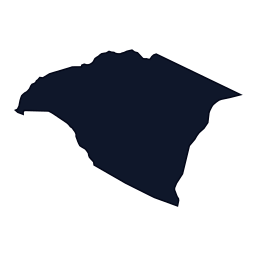 outline of Quixeré, Ceará, Brazil
{"feature_id": "56859067B90089990394430", "entity_name": "Quixeré", "entity_type": "district", "adm_level": 2, "iso_a3": "BRA", "parent_name": "Brazil", "parent_adm1": "Ceará", "projection": "mercator", "projection_center": [-37.907, -5.11], "detail": "fine", "context": "isolated", "style": "filled", "palette": "ink", "viewbox_px": 256, "rotation_deg": 0, "n_neighbors": 0, "source": "geoboundaries", "source_scale": "gbopen_adm2", "svg_char_len": 1444}
<svg xmlns="http://www.w3.org/2000/svg" viewBox="0 0 256 256"><path d="M156.2,54.1L153.7,55.0L151.9,56.6L150.0,59.4L148.1,59.3L146.6,58.8L144.8,58.9L142.9,58.6L137.5,52.8L134.5,52.0L132.0,50.1L129.0,50.8L126.9,51.3L124.1,52.6L122.1,53.1L120.3,53.9L117.9,53.9L115.5,53.4L113.9,52.4L111.4,52.2L109.0,51.4L106.3,53.0L104.2,53.3L101.6,53.8L99.9,55.0L98.5,56.3L96.8,57.3L95.0,58.6L94.2,60.1L93.4,61.7L92.0,63.1L90.1,64.3L88.5,64.8L86.7,64.9L84.2,64.2L81.8,65.2L81.5,66.9L72.2,67.0L70.5,67.6L56.8,71.7L54.0,72.5L49.5,73.9L42.9,77.9L39.8,77.5L37.9,79.8L36.5,80.8L35.6,82.6L34.0,83.6L32.1,84.3L30.9,85.9L29.6,88.8L28.0,90.7L26.6,92.0L24.9,92.9L23.3,94.2L21.8,95.7L21.1,97.4L20.2,100.3L19.6,103.3L19.1,106.0L17.5,109.3L15.4,110.2L17.8,112.3L23.2,114.3L23.1,112.2L24.2,110.4L48.6,111.0L51.5,112.5L53.3,113.6L66.8,122.7L68.7,124.4L70.4,126.6L72.4,128.0L73.6,129.8L75.0,131.6L76.1,134.0L76.1,136.5L77.1,139.2L77.8,141.2L78.7,143.3L79.9,145.6L82.1,147.1L83.9,148.1L85.5,149.1L87.2,151.3L88.4,153.1L88.8,155.4L89.4,157.1L91.0,159.0L93.7,161.9L94.1,165.0L125.6,183.1L149.2,194.9L154.5,197.5L177.5,205.9L178.6,200.5L178.4,198.7L177.1,196.7L176.3,194.7L175.6,192.8L174.5,190.0L174.5,187.9L176.5,183.1L182.5,173.8L189.3,145.7L194.7,139.3L196.8,135.7L199.1,132.6L203.9,128.3L207.8,122.6L208.9,113.0L209.6,110.8L211.7,106.6L213.1,104.6L216.3,101.9L218.9,100.1L221.3,99.2L230.0,97.4L240.6,94.7L156.2,54.1Z" fill="#0f172a" stroke="#020617" stroke-width="1.5"/></svg>